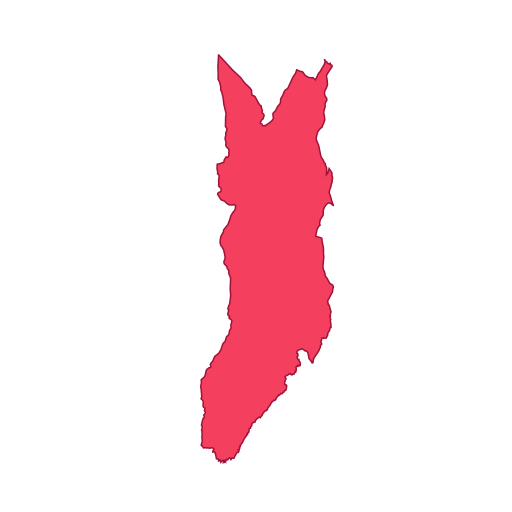 San Pedro de Pelileo, Tungurahua, Ecuador (Equal Earth projection), rotated 196°
{"feature_id": "8360857B2847558667695", "entity_name": "San Pedro de Pelileo", "entity_type": "district", "adm_level": 2, "iso_a3": "ECU", "parent_name": "Ecuador", "parent_adm1": "Tungurahua", "projection": "equal_earth", "projection_center": [-78.53, -1.357], "detail": "fine", "context": "isolated", "style": "filled", "palette": "rose", "viewbox_px": 512, "rotation_deg": 196, "n_neighbors": 0, "source": "geoboundaries", "source_scale": "gbopen_adm2", "svg_char_len": 6076}
<svg xmlns="http://www.w3.org/2000/svg" viewBox="0 0 512 512"><g transform="rotate(196 256 256)"><path d="M165.3,199.3L165.7,201.9L164.7,204.8L165.1,207.0L164.9,207.5L164.3,207.7L164.2,208.2L165.8,212.6L166.6,213.6L166.7,215.8L168.2,217.5L167.8,218.7L168.4,219.3L168.5,223.0L172.0,228.7L173.6,229.7L173.6,230.5L174.8,232.4L172.6,242.4L173.1,246.1L173.0,247.6L174.4,249.3L177.5,250.0L181.3,253.9L183.9,256.0L185.6,259.4L187.7,261.8L188.8,264.5L190.6,274.0L191.7,276.7L193.3,282.2L196.8,289.0L197.2,290.5L197.9,291.3L204.2,291.5L204.6,298.0L204.5,299.3L203.8,302.0L202.9,303.2L203.8,304.8L204.1,306.4L204.1,309.3L202.7,313.6L203.9,318.5L203.7,321.6L202.5,325.1L201.1,326.9L199.3,327.3L195.7,325.9L195.6,326.2L197.8,328.9L200.7,333.7L203.2,337.2L203.4,340.6L203.1,342.9L203.4,345.7L203.2,347.7L204.0,352.4L205.4,354.8L205.7,356.4L206.3,357.2L209.8,360.2L209.9,355.5L210.7,353.6L212.3,360.1L214.4,362.6L214.8,363.9L216.1,364.4L217.6,366.5L220.9,369.3L226.2,379.5L230.1,384.4L230.5,385.4L230.8,387.8L230.9,392.4L229.8,395.3L227.9,398.5L228.0,400.3L227.6,401.5L227.4,405.8L228.6,408.8L230.6,412.8L230.7,418.8L231.5,420.9L231.5,423.2L230.8,424.8L231.5,427.1L233.6,428.8L235.0,431.0L235.4,433.6L234.6,437.2L234.5,440.4L235.7,443.8L237.9,448.5L237.9,449.6L237.0,452.9L235.0,459.2L235.7,460.3L236.9,460.4L237.9,461.7L238.4,460.7L240.7,461.1L241.5,462.1L242.1,462.0L244.6,464.0L243.1,462.0L243.2,458.9L245.3,450.7L246.2,449.0L247.4,441.7L250.3,443.1L253.7,442.2L255.7,442.3L259.1,443.5L261.3,445.5L262.3,445.9L264.6,445.7L268.2,446.2L268.3,442.7L269.8,438.0L271.5,426.8L271.8,425.8L273.8,423.2L274.4,420.6L274.4,418.8L275.6,413.7L274.9,410.9L274.8,409.3L276.5,405.5L277.2,401.3L278.9,398.1L278.8,396.7L277.3,393.4L277.4,392.1L278.0,390.4L279.7,387.9L282.4,384.7L282.7,383.8L283.8,383.8L284.8,383.1L285.6,383.1L286.6,384.4L288.5,384.8L288.6,385.6L288.1,388.2L287.0,389.8L286.9,393.2L287.6,394.3L289.7,395.6L290.0,396.4L289.9,397.5L291.6,399.9L292.3,401.6L293.9,402.2L295.8,403.7L300.7,408.8L301.7,409.3L304.3,409.6L306.1,414.2L306.5,414.6L308.2,415.9L314.7,419.3L320.2,423.4L329.4,428.1L347.8,439.3L347.3,438.6L344.8,427.4L342.8,421.5L341.2,415.5L338.8,412.9L336.6,409.0L335.4,405.4L334.4,404.6L331.2,399.0L328.8,393.1L323.9,384.4L323.4,380.8L321.1,372.1L319.1,370.4L318.8,369.7L319.0,365.7L318.4,364.2L318.2,360.7L317.4,358.9L316.2,357.2L315.7,354.5L315.2,353.6L314.6,352.8L311.8,351.3L310.8,349.4L310.7,347.9L310.0,346.0L309.9,343.7L310.6,342.9L312.0,343.1L313.0,339.9L312.8,337.3L316.3,334.7L318.6,333.6L317.6,329.3L316.1,326.4L315.6,324.4L314.2,323.8L313.5,322.9L312.7,317.9L311.6,315.1L311.6,314.0L310.8,312.6L308.4,311.6L308.1,311.0L307.5,308.6L307.7,308.0L309.5,306.8L310.0,305.7L309.9,304.7L305.1,300.4L301.4,300.1L298.7,298.6L296.3,297.8L293.2,298.4L290.6,299.5L289.7,298.9L289.2,297.5L288.9,295.7L289.1,293.9L290.3,291.4L291.3,287.3L291.2,284.4L291.7,278.5L294.3,272.2L294.0,270.2L295.2,265.0L294.6,260.3L294.0,258.4L292.7,256.4L291.0,255.2L288.6,252.7L285.4,246.5L285.1,245.0L285.3,242.0L285.0,240.8L284.2,239.6L281.2,237.9L280.2,236.1L278.1,234.4L277.5,232.0L274.6,228.2L274.1,226.9L271.6,216.8L269.7,211.8L269.1,209.1L268.2,203.1L268.6,198.9L268.4,197.2L267.3,196.5L267.2,192.7L266.9,191.9L266.0,191.0L264.8,190.8L264.6,189.7L264.9,189.2L264.6,188.6L262.6,188.1L261.5,187.3L261.1,185.4L261.2,183.1L260.3,180.4L260.3,179.0L260.9,176.9L260.5,173.8L260.9,171.9L262.1,170.4L262.2,165.0L263.2,163.7L263.7,162.1L263.9,156.2L265.1,152.1L268.0,148.1L268.6,143.1L270.0,140.0L270.0,139.1L268.9,137.3L269.0,136.4L270.4,135.6L271.9,133.5L272.3,132.2L272.0,126.8L272.5,125.2L274.6,122.0L273.5,119.0L273.2,115.1L272.2,113.3L269.3,105.7L269.5,103.6L267.7,102.7L266.5,101.4L265.6,97.3L264.9,96.3L263.2,95.7L262.9,93.0L261.6,92.0L261.5,91.1L262.4,88.6L261.3,87.3L261.3,86.8L262.0,85.3L262.1,83.0L261.8,78.8L261.7,78.1L260.5,76.9L260.2,73.1L259.3,72.6L259.2,71.1L258.6,69.9L258.3,67.5L256.6,63.1L256.6,59.6L256.3,58.7L254.9,58.2L253.6,57.0L251.9,57.8L250.5,57.8L249.3,58.4L247.6,58.4L245.7,59.5L244.5,59.5L243.5,59.1L243.2,58.7L243.8,56.6L243.4,55.6L241.9,56.4L240.1,54.1L238.1,50.1L235.7,50.4L235.4,50.1L235.7,49.3L235.5,48.6L234.1,49.7L232.9,48.0L232.3,49.7L231.8,50.3L230.7,50.0L230.5,48.3L229.5,48.9L230.3,49.9L230.4,50.8L229.4,50.8L228.5,50.0L228.8,51.7L228.1,52.6L227.5,52.0L227.1,52.2L226.0,54.7L225.3,54.7L224.0,53.4L223.4,55.4L222.0,55.2L221.4,55.7L221.1,58.1L220.0,62.0L218.9,62.3L218.6,64.1L219.7,64.8L218.9,65.3L218.6,66.6L219.2,68.1L219.2,68.4L218.5,68.6L218.9,70.0L218.5,70.5L217.3,74.0L217.4,74.9L216.7,78.0L216.2,78.8L216.2,79.8L215.5,80.6L215.6,81.8L215.0,82.1L215.4,83.6L214.4,84.3L214.4,85.8L215.0,87.7L214.8,88.3L213.9,88.9L213.9,90.4L213.3,92.1L213.7,93.8L212.7,95.2L211.2,96.0L211.1,97.6L210.5,99.6L209.6,100.3L209.2,101.5L207.9,102.1L207.4,101.7L207.2,102.0L206.9,103.2L206.2,104.3L206.3,105.6L205.3,107.7L205.1,109.2L203.4,110.2L203.3,110.8L202.7,111.4L202.8,112.4L202.5,113.9L201.5,116.1L200.6,120.0L199.9,120.5L199.3,122.3L198.4,122.2L197.8,122.8L197.3,124.1L197.4,125.1L196.9,125.8L196.8,126.8L196.0,127.6L195.8,128.7L195.0,128.8L194.4,130.6L193.2,130.6L192.8,131.0L192.5,132.1L191.6,133.0L191.6,134.4L190.5,134.8L190.2,136.1L190.6,139.5L191.3,140.4L192.3,140.1L193.4,141.5L193.6,143.9L193.3,146.4L194.8,147.6L194.8,148.3L192.0,151.0L191.7,152.1L190.7,152.2L190.1,151.7L189.6,152.0L188.6,151.6L188.0,152.6L186.8,153.0L186.8,154.2L185.7,155.6L186.5,156.4L185.9,157.0L185.8,157.7L187.0,160.4L186.5,161.0L185.3,161.4L185.9,162.3L185.1,162.7L183.7,162.4L183.4,163.0L183.5,163.9L183.8,164.4L183.7,165.1L185.0,166.6L185.6,166.9L186.2,168.3L186.8,168.2L187.6,168.7L188.8,170.3L188.1,171.8L189.1,173.8L190.2,173.8L190.2,175.9L189.0,177.5L185.8,179.6L182.5,178.2L181.9,178.7L181.2,178.8L179.3,177.0L176.7,171.9L173.9,170.0L173.0,168.9L172.2,168.8L171.8,169.9L172.3,171.4L172.1,172.5L172.4,173.6L171.7,174.9L171.3,176.9L170.8,177.7L169.6,181.9L169.3,183.2L169.4,184.5L169.0,185.4L169.3,187.9L168.6,189.1L168.6,189.6L170.1,191.6L169.8,193.6L170.1,195.2L168.7,196.0L168.0,195.5L167.3,196.1L166.0,196.3L165.3,199.3Z" fill="#f43f5e" stroke="#9f1239" stroke-width="1.5"/></g></svg>